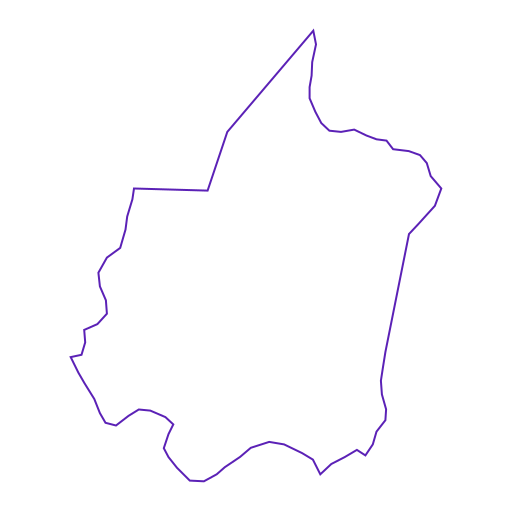 Maruim, Sergipe, Brazil (Mercator projection)
{"feature_id": "56859067B1242675003526", "entity_name": "Maruim", "entity_type": "district", "adm_level": 2, "iso_a3": "BRA", "parent_name": "Brazil", "parent_adm1": "Sergipe", "projection": "mercator", "projection_center": [-37.108, -10.721], "detail": "fine", "context": "isolated", "style": "outline", "palette": "violet", "viewbox_px": 512, "rotation_deg": 0, "n_neighbors": 0, "source": "geoboundaries", "source_scale": "gbopen_adm2", "svg_char_len": 1069}
<svg xmlns="http://www.w3.org/2000/svg" viewBox="0 0 512 512"><path d="M70.7,357.1L78.4,372.7L84.6,383.4L94.3,399.0L99.9,413.1L105.5,422.8L116.0,425.5L128.6,415.8L138.8,409.5L150.3,410.6L165.4,417.1L173.3,424.4L168.5,434.1L163.8,448.2L168.5,457.1L177.0,467.8L189.8,480.6L203.9,481.3L216.7,474.3L224.8,467.2L240.1,456.9L250.8,447.8L269.2,441.9L284.1,444.4L302.1,453.1L312.9,459.6L320.3,474.3L331.3,464.0L344.7,457.1L356.9,449.9L365.4,455.4L372.8,444.4L376.5,431.6L385.4,420.2L386.1,409.3L381.9,394.4L380.9,380.7L382.8,368.3L385.4,352.0L409.0,234.0L418.3,224.1L428.0,213.4L434.9,205.8L441.3,188.5L430.7,176.1L426.8,163.1L420.0,155.1L408.8,151.1L393.1,149.2L386.5,140.6L376.5,139.3L366.4,135.5L354.2,129.6L341.0,131.9L329.4,130.7L321.3,123.1L315.3,111.7L309.6,98.3L309.6,87.1L311.6,75.7L312.2,62.1L316.0,44.4L313.3,30.7L227.3,131.9L207.6,190.6L134.0,188.5L132.4,199.3L127.2,216.5L125.5,229.6L120.2,247.9L106.9,257.6L98.4,272.7L99.9,286.4L105.9,300.3L106.9,313.7L97.4,324.1L84.2,329.9L85.2,342.4L81.5,354.8L70.7,357.1Z" fill="none" stroke="#5b21b6" stroke-width="2"/></svg>